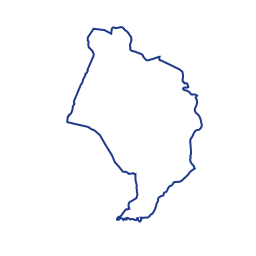 La Union, Cartago, Costa Rica, rotated 298°
{"feature_id": "36466004B23984119166299", "entity_name": "La Union", "entity_type": "district", "adm_level": 2, "iso_a3": "CRI", "parent_name": "Costa Rica", "parent_adm1": "Cartago", "projection": "robinson", "projection_center": [-83.995, 9.913], "detail": "fine", "context": "isolated", "style": "outline", "palette": "blue", "viewbox_px": 256, "rotation_deg": 298, "n_neighbors": 0, "source": "geoboundaries", "source_scale": "gbopen_adm2", "svg_char_len": 5752}
<svg xmlns="http://www.w3.org/2000/svg" viewBox="0 0 256 256"><g transform="rotate(298 128 128)"><path d="M198.7,51.0L189.1,50.0L186.1,51.5L186.1,52.3L185.4,52.8L184.7,53.2L184.3,53.3L183.9,53.3L183.5,53.5L182.1,54.4L181.7,54.8L181.5,55.0L180.6,55.7L180.5,57.1L180.2,58.0L179.8,58.6L179.6,59.3L179.4,60.1L179.3,60.5L178.9,61.0L178.1,61.8L177.4,62.8L175.9,63.7L160.4,64.9L160.0,65.5L159.3,65.6L157.1,65.7L156.9,65.6L156.2,65.0L155.7,65.0L155.3,65.1L154.8,65.6L154.5,65.6L149.9,65.6L146.7,66.3L145.5,66.3L144.7,66.0L126.2,67.7L125.5,68.3L125.1,68.3L124.9,68.4L124.6,68.6L124.4,69.2L124.2,69.4L121.2,69.1L120.3,69.5L119.5,70.0L115.6,70.8L114.3,70.8L113.6,70.7L112.5,70.3L112.1,69.9L111.8,69.8L111.2,70.2L110.8,70.0L110.2,69.6L109.9,69.5L105.4,71.2L104.7,71.7L106.8,79.7L109.7,90.4L110.2,92.5L109.8,95.9L110.1,99.7L108.6,106.4L102.4,116.3L96.4,126.6L91.7,132.4L89.5,138.3L87.0,144.1L88.3,146.6L88.3,148.9L88.0,149.7L87.9,150.4L88.5,151.0L89.1,152.1L89.8,153.0L90.1,153.3L90.5,153.6L90.5,154.5L90.3,155.3L90.3,155.9L90.4,156.2L90.6,156.3L85.5,159.1L80.9,163.1L80.1,163.1L79.1,163.6L77.5,164.9L75.5,166.0L75.1,166.5L74.0,167.4L72.5,167.8L72.2,167.8L71.2,168.2L69.8,168.2L66.2,166.1L63.5,164.3L62.0,164.0L59.2,165.2L58.2,166.0L58.2,166.3L57.8,166.7L57.2,167.1L56.8,166.6L56.5,166.2L56.1,165.8L55.6,165.5L55.4,164.6L55.0,164.3L54.3,164.1L52.8,164.0L52.3,163.8L51.3,163.7L51.1,163.6L50.6,163.6L49.5,163.3L48.1,163.3L47.3,163.1L47.0,163.0L46.0,162.6L45.5,162.0L45.2,161.5L44.8,161.3L44.2,161.1L43.6,161.0L42.5,161.0L42.2,161.2L42.0,161.3L41.9,161.8L42.0,162.1L42.6,162.7L43.2,163.1L43.7,163.3L44.9,163.3L45.2,163.5L45.3,163.8L45.3,165.0L45.0,166.1L44.6,167.1L46.1,167.3L46.0,169.1L46.1,169.3L46.7,169.7L46.9,169.7L47.1,168.9L47.9,168.9L48.2,169.2L48.5,170.2L48.6,171.5L48.2,172.6L48.2,172.8L48.6,173.3L49.4,173.9L49.4,174.1L49.7,174.5L50.0,175.3L50.0,177.2L50.3,178.0L50.9,178.7L51.3,178.7L51.8,178.5L52.8,178.5L53.0,179.0L52.4,179.4L51.9,179.5L51.7,179.9L51.5,180.0L51.4,180.4L51.4,181.0L51.1,181.5L50.9,181.9L50.9,182.4L51.3,182.5L51.8,182.7L53.6,182.7L53.9,182.6L54.4,181.9L54.8,181.9L54.9,181.6L56.6,184.8L57.2,185.5L57.7,186.7L58.2,187.5L58.9,187.9L59.9,188.1L61.0,188.7L62.2,188.7L62.6,188.8L63.2,189.3L63.6,189.7L64.1,189.8L66.4,190.0L67.7,190.0L69.0,189.9L69.6,189.9L70.0,189.7L70.4,189.7L70.7,189.6L72.3,189.6L73.4,188.9L74.0,188.8L76.4,188.8L77.9,188.7L78.5,188.4L79.2,188.0L79.8,187.8L80.6,187.8L81.4,188.0L83.0,189.0L83.6,189.3L84.7,190.6L85.1,190.9L85.7,190.8L86.8,190.3L87.7,190.2L88.2,190.5L89.2,191.6L90.1,191.8L92.3,191.9L93.2,191.7L94.5,191.7L96.0,192.0L96.2,192.3L96.6,192.5L97.1,193.0L98.2,193.6L99.5,193.9L101.7,194.0L101.9,194.1L104.7,198.7L106.3,200.0L115.6,203.2L117.7,203.2L121.6,204.8L123.5,206.0L124.1,205.1L124.5,204.9L124.5,204.7L125.3,203.9L125.8,202.7L126.4,201.0L126.6,200.5L127.2,199.6L128.1,198.6L128.2,198.4L128.4,198.2L128.6,198.2L129.5,197.6L130.7,197.4L131.4,197.1L132.2,196.5L133.1,196.0L133.9,196.0L134.8,195.6L135.8,195.3L146.1,188.8L146.8,188.8L147.8,188.5L148.8,188.5L149.8,188.8L151.0,188.8L153.2,188.6L154.6,188.6L156.3,188.7L157.4,189.1L158.5,189.8L159.5,191.2L160.0,191.6L160.7,191.9L161.1,192.0L161.7,192.3L164.0,192.3L164.4,192.2L165.1,191.8L165.8,191.2L166.3,191.0L167.3,190.0L168.9,188.8L170.6,187.1L170.9,186.6L171.7,185.7L172.1,185.0L172.6,183.6L172.9,182.2L173.7,180.0L174.0,179.6L174.9,178.8L175.7,178.3L175.8,178.2L176.4,178.0L179.0,177.9L180.5,177.7L181.1,177.5L182.4,177.4L185.0,175.7L186.6,173.4L189.0,173.8L189.2,172.3L189.1,171.6L188.7,170.9L188.7,170.7L188.3,169.9L188.2,169.8L188.2,169.7L187.4,168.6L187.4,167.8L187.5,167.7L187.7,167.3L187.7,167.1L188.2,165.8L188.5,165.3L188.6,165.0L188.6,162.3L188.5,162.2L188.5,161.9L188.4,161.6L188.3,161.0L188.0,160.4L188.0,159.3L188.1,158.8L188.6,158.1L188.9,158.0L189.2,158.2L189.3,158.2L189.6,158.4L190.6,159.4L190.8,159.7L191.2,160.7L191.7,161.6L192.1,162.0L192.5,162.1L192.9,161.8L193.0,161.3L193.9,160.8L194.0,160.5L194.2,160.4L194.5,159.9L195.0,159.3L195.0,158.7L194.8,158.4L194.6,158.1L194.6,157.9L194.1,157.2L193.9,157.0L193.9,156.8L194.5,156.2L194.6,155.9L194.7,155.4L194.7,154.5L194.9,154.3L195.6,154.0L195.7,153.9L196.5,153.5L196.6,153.4L197.1,153.2L198.7,152.7L199.8,152.2L200.0,152.1L200.4,151.9L201.5,151.1L201.8,150.7L202.4,150.3L203.1,149.5L203.3,149.4L203.9,145.3L203.1,124.6L202.8,124.5L202.8,124.2L203.0,123.8L203.9,122.9L204.6,122.6L205.6,122.6L205.8,122.5L205.6,122.2L205.2,121.9L205.1,121.7L204.1,120.7L202.6,119.4L202.1,118.8L201.8,118.7L201.7,118.4L201.1,117.8L200.2,117.2L200.1,116.9L199.9,116.8L199.7,116.5L199.5,116.4L199.2,116.0L199.0,115.9L198.9,115.7L198.7,115.6L197.1,113.8L196.6,112.9L196.6,112.4L196.8,111.7L196.9,111.1L197.4,109.6L198.1,108.1L198.5,107.8L198.6,107.5L198.8,107.3L199.2,106.7L199.5,106.0L199.6,105.2L199.4,104.6L199.4,103.1L199.2,102.3L199.1,101.5L199.0,101.2L198.9,100.4L198.8,98.4L198.5,97.9L198.5,97.6L198.4,97.3L198.3,96.5L198.1,96.4L198.1,96.1L198.0,95.8L198.0,94.0L198.2,93.5L198.4,93.4L198.5,93.2L199.1,92.8L199.2,92.6L200.4,92.1L200.6,91.9L201.0,91.7L201.1,91.4L202.0,91.0L202.6,90.6L204.1,90.5L204.5,90.3L206.2,90.1L206.4,89.9L206.7,89.9L207.1,89.6L207.4,89.6L207.6,89.4L208.7,88.9L208.8,88.7L209.1,88.6L209.2,88.4L209.8,87.9L210.9,85.7L211.3,85.1L211.8,83.9L212.2,83.5L212.3,82.9L212.4,82.7L212.6,82.2L212.9,80.9L212.9,80.0L213.0,79.8L213.0,79.2L213.4,78.5L213.4,78.2L213.6,78.1L213.7,77.8L213.8,77.7L213.8,77.4L214.0,76.9L214.1,76.6L214.1,75.5L214.0,75.3L213.9,74.7L213.7,74.5L213.7,74.3L213.3,73.7L213.0,73.6L212.9,73.4L212.4,72.8L211.4,71.6L210.9,71.1L210.7,70.7L210.4,70.4L210.4,69.5L210.3,69.3L210.3,68.7L210.2,68.5L210.2,68.2L209.5,67.8L209.4,67.5L209.0,67.3L208.8,67.2L207.8,67.2L203.4,68.9L203.4,61.2L199.4,50.9L199.0,50.9L198.7,51.0Z" fill="none" stroke="#1e3a8a" stroke-width="2"/></g></svg>